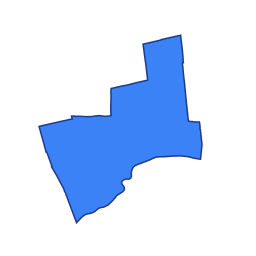 outline of Gropeni, Braila, Romania, rotated 59°
{"feature_id": "2599482B39333936770759", "entity_name": "Gropeni", "entity_type": "district", "adm_level": 2, "iso_a3": "ROU", "parent_name": "Romania", "parent_adm1": "Braila", "projection": "equal_earth", "projection_center": [27.896, 45.061], "detail": "fine", "context": "isolated", "style": "filled", "palette": "blue", "viewbox_px": 256, "rotation_deg": 59, "n_neighbors": 0, "source": "geoboundaries", "source_scale": "gbopen_adm2", "svg_char_len": 5228}
<svg xmlns="http://www.w3.org/2000/svg" viewBox="0 0 256 256"><g transform="rotate(59 128 128)"><path d="M80.8,203.4L80.9,203.5L81.0,203.5L82.2,203.8L82.3,203.9L84.8,204.5L87.4,205.3L87.5,205.3L90.0,206.0L92.6,206.7L93.7,207.0L93.8,207.0L106.4,210.6L106.6,210.0L122.1,213.0L122.0,213.5L123.0,213.5L131.0,213.6L131.5,213.5L131.9,213.6L144.7,214.3L147.9,214.5L148.1,214.5L148.4,214.6L149.0,215.0L150.2,215.0L150.3,215.0L151.6,215.0L152.5,215.3L182.7,220.9L182.4,220.1L182.2,219.2L182.1,218.6L181.9,218.2L181.9,217.9L181.8,217.7L181.7,217.4L181.6,217.1L181.6,216.7L181.4,216.1L181.2,215.7L181.1,215.2L181.0,214.7L180.9,214.3L180.8,214.1L180.8,213.8L180.6,213.2L180.6,212.9L180.5,212.6L180.4,212.3L180.4,212.0L180.4,211.7L180.3,211.3L180.3,210.9L180.3,210.6L180.3,210.3L180.3,210.1L180.3,209.8L180.3,209.7L180.3,209.3L180.3,209.0L180.4,208.7L180.5,208.3L180.5,207.9L180.7,207.3L180.8,206.9L180.8,206.6L180.9,206.3L181.1,206.0L181.3,205.5L181.3,205.4L181.5,205.2L181.7,204.5L181.9,204.1L182.0,203.6L182.0,203.3L182.1,203.1L182.2,202.5L182.2,202.3L182.2,202.1L182.3,202.0L182.3,201.8L182.4,201.5L182.4,201.4L182.4,201.1L182.4,200.7L182.5,200.3L182.5,199.7L182.5,199.3L182.3,198.9L182.3,198.7L182.2,198.6L182.2,198.4L182.2,198.1L182.2,197.9L182.2,197.6L182.1,197.4L182.1,197.2L182.0,196.8L182.0,196.3L181.8,195.7L181.8,195.2L181.8,194.8L181.8,194.5L181.8,194.3L181.8,194.2L181.8,193.7L181.9,193.4L181.9,193.2L182.1,192.9L182.2,192.7L182.3,192.2L182.4,191.8L182.5,191.5L182.7,191.2L182.8,190.8L182.8,190.7L183.0,190.2L183.1,189.8L183.2,189.7L183.3,189.3L183.3,189.1L183.4,188.7L183.4,188.4L183.5,188.3L183.5,187.9L183.5,187.5L183.5,187.3L183.5,187.1L183.5,186.9L183.6,186.7L183.6,186.3L183.6,186.0L183.7,185.7L183.7,185.1L183.7,184.7L183.7,184.2L183.6,183.7L183.4,183.2L183.3,182.7L183.2,181.9L183.0,181.3L182.9,180.8L182.7,180.0L182.6,179.7L182.4,178.8L182.2,178.2L182.0,177.4L181.8,177.0L181.6,176.3L181.4,175.7L181.3,175.2L181.2,174.9L181.1,174.6L180.9,174.2L180.7,173.7L180.5,173.4L180.3,173.0L180.2,172.7L180.2,172.3L180.1,171.6L180.1,170.9L180.0,170.3L180.1,169.7L180.1,168.9L180.0,168.3L180.0,167.3L180.0,166.8L180.0,166.3L179.9,165.7L179.7,165.1L179.6,164.5L179.5,164.0L179.3,163.5L179.2,163.2L179.0,162.9L178.9,162.8L178.7,162.7L178.4,162.5L178.1,162.3L177.8,162.1L177.0,161.8L175.9,161.7L174.9,161.8L173.9,162.0L172.9,162.0L171.5,161.5L171.1,161.2L170.8,160.7L170.5,160.3L170.4,159.9L170.3,159.4L170.3,158.9L170.3,158.4L170.3,158.0L170.4,157.7L170.5,157.2L170.6,156.6L170.8,156.1L171.0,155.6L171.3,155.2L171.6,154.7L171.9,154.3L172.1,154.0L172.3,153.5L172.4,152.9L172.4,152.7L172.4,152.4L172.3,151.9L172.2,151.4L172.0,150.9L171.9,150.7L171.6,150.3L171.4,150.2L171.2,150.0L170.9,149.8L170.5,149.6L170.3,149.4L169.9,149.2L169.5,149.0L168.9,148.8L168.6,148.6L168.1,148.3L167.9,148.1L167.7,147.9L167.3,147.6L167.0,147.3L166.5,146.8L166.1,146.4L165.8,145.9L165.5,145.5L165.1,145.1L164.7,144.4L164.6,144.1L164.4,143.7L164.3,143.4L164.2,143.2L164.1,142.7L164.1,142.4L164.0,142.2L164.0,141.7L164.0,141.3L164.0,140.8L164.0,140.3L164.0,139.9L164.1,139.5L164.3,138.3L164.5,137.2L164.9,135.1L165.4,132.3L165.8,130.0L166.0,128.6L166.2,127.5L166.4,126.6L166.7,124.3L166.8,122.7L166.9,122.2L167.0,121.8L167.0,121.6L167.2,120.4L167.4,119.2L167.6,118.4L168.0,117.8L168.4,117.2L168.5,116.9L168.8,116.0L169.0,115.4L169.2,115.2L170.0,113.8L170.4,113.1L170.7,112.9L171.3,111.8L171.4,111.5L172.0,110.3L172.8,108.9L173.1,108.1L173.6,107.2L173.7,106.9L174.6,105.2L175.7,103.0L176.3,102.1L176.6,101.6L177.7,99.5L179.2,97.1L181.2,94.3L183.5,91.3L184.8,89.9L186.2,88.6L186.6,88.3L187.5,87.3L188.3,86.4L189.3,85.3L190.3,84.1L191.1,83.2L192.1,81.9L180.2,73.0L178.4,72.2L176.6,71.4L172.3,69.4L168.9,67.8L166.6,66.8L166.2,66.9L165.7,66.8L165.4,66.5L164.8,66.0L162.3,64.8L161.1,64.3L159.6,63.7L159.2,64.4L158.1,66.3L157.1,67.7L156.4,68.6L155.5,69.6L155.2,70.3L154.8,70.8L154.0,71.7L153.5,72.4L153.3,72.7L152.9,72.5L152.5,72.3L150.8,71.6L150.1,71.3L149.3,70.9L148.3,70.5L147.3,70.0L146.3,69.5L144.5,68.7L140.2,66.6L138.8,66.0L134.9,64.2L128.8,61.3L121.8,58.0L121.6,57.9L120.3,57.3L120.3,57.2L117.6,56.0L116.1,55.3L114.9,54.8L111.7,53.3L110.0,52.5L108.3,51.7L105.8,50.5L105.2,50.2L103.6,49.4L102.4,48.9L101.2,48.3L100.6,48.0L100.0,47.6L100.5,46.9L100.2,46.8L97.3,45.3L94.2,43.7L88.5,40.9L85.2,39.5L82.6,38.3L78.3,36.4L75.6,35.1L75.3,36.0L74.5,38.4L71.1,48.6L70.2,51.3L70.0,52.0L69.8,52.7L69.4,53.7L69.7,53.8L68.3,58.3L67.6,60.5L67.2,61.8L63.9,71.9L75.4,76.9L78.4,78.2L82.7,80.0L88.7,82.7L97.1,86.5L93.9,96.2L92.1,102.0L91.1,105.6L89.9,109.1L89.8,109.4L89.6,109.5L87.9,114.6L86.7,118.3L86.7,118.5L85.9,120.8L85.4,122.1L87.4,123.5L89.4,124.7L90.6,125.4L91.1,125.6L96.5,129.0L97.8,129.8L101.4,132.1L103.4,133.3L107.6,135.7L107.8,135.4L108.2,135.7L108.4,136.0L108.7,136.5L106.4,141.4L106.2,141.7L104.3,144.1L103.9,144.6L102.7,145.9L101.6,148.3L101.2,149.1L100.8,150.1L100.5,150.7L100.4,150.9L99.7,152.7L99.4,153.3L99.3,153.6L99.2,153.7L99.0,154.1L98.8,154.6L98.2,155.5L97.5,156.8L97.0,157.5L96.3,158.7L95.1,160.4L94.0,162.1L93.4,162.9L91.4,166.2L90.4,167.8L89.9,168.0L89.4,169.0L88.7,170.3L89.6,170.6L90.8,170.9L91.3,171.0L91.5,171.0L90.5,174.0L90.2,174.9L88.9,178.9L87.5,183.0L82.3,198.9L80.8,203.4Z" fill="#3b82f6" stroke="#1e3a8a" stroke-width="1.5"/></g></svg>